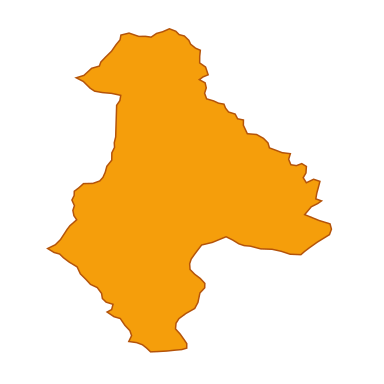 Mendonça, São Paulo, Brazil (Equal Earth projection), rotated 273°
{"feature_id": "56859067B44337407830126", "entity_name": "Mendonça", "entity_type": "district", "adm_level": 2, "iso_a3": "BRA", "parent_name": "Brazil", "parent_adm1": "São Paulo", "projection": "equal_earth", "projection_center": [-49.571, -21.202], "detail": "fine", "context": "isolated", "style": "filled", "palette": "amber", "viewbox_px": 384, "rotation_deg": 273, "n_neighbors": 0, "source": "geoboundaries", "source_scale": "gbopen_adm2", "svg_char_len": 2164}
<svg xmlns="http://www.w3.org/2000/svg" viewBox="0 0 384 384"><g transform="rotate(273 192 192)"><path d="M189.9,321.8L191.6,316.0L197.5,316.7L202.5,317.8L209.3,319.2L211.1,312.8L207.2,305.7L212.1,302.3L217.0,304.8L223.5,304.9L226.1,300.1L223.8,294.9L224.4,289.3L229.7,286.8L235.4,288.2L236.0,279.9L237.9,274.1L240.1,267.0L245.0,265.3L249.3,260.6L252.8,253.5L253.1,244.2L261.3,239.8L266.6,239.6L267.5,233.7L272.1,231.0L273.8,224.3L277.5,221.1L281.4,219.3L282.1,213.8L284.1,208.8L285.8,201.7L291.3,199.4L296.7,200.8L301.7,199.4L304.6,193.4L307.5,197.0L309.9,202.0L317.5,199.0L321.3,192.9L328.0,192.6L334.0,192.9L335.8,188.0L339.5,182.9L343.3,180.9L347.4,176.2L348.5,170.9L351.7,167.4L353.8,160.9L350.5,154.3L348.5,148.3L344.5,143.1L345.0,137.5L344.6,130.7L347.4,120.8L345.0,112.8L340.2,112.2L335.2,108.5L328.4,104.3L322.3,98.7L317.1,94.2L312.9,92.9L310.3,85.3L302.8,78.0L300.0,70.4L296.7,77.7L293.3,81.5L290.2,85.0L287.6,89.5L286.6,97.4L286.3,106.4L284.8,115.8L279.5,115.2L274.6,112.2L243.0,112.9L237.1,111.8L232.5,112.3L226.9,109.9L219.6,110.2L213.2,105.6L207.1,104.3L201.9,102.3L198.2,99.3L195.4,92.6L194.7,83.2L190.1,78.6L186.6,74.4L182.3,74.5L177.7,72.5L172.2,75.3L167.4,74.0L162.2,75.3L158.2,78.3L152.0,71.9L148.2,69.3L144.0,66.9L137.5,63.1L132.2,58.3L128.0,50.8L124.4,57.4L123.1,63.1L119.6,67.1L115.6,73.0L111.2,81.2L104.4,84.8L99.2,90.6L94.4,95.5L91.6,102.4L86.0,107.0L80.9,108.1L77.5,112.0L75.7,119.0L70.4,117.9L67.7,113.5L63.4,120.6L61.9,127.0L55.3,132.0L50.3,137.2L45.4,139.2L39.4,136.7L38.7,144.6L36.9,150.4L33.9,154.7L30.2,159.0L30.9,166.5L31.9,175.4L33.2,183.5L34.1,190.0L35.8,194.9L40.3,194.7L43.8,192.1L49.5,187.6L54.4,182.7L60.1,182.9L64.9,185.6L70.4,192.3L75.8,200.8L82.0,203.7L91.6,205.2L97.0,209.7L101.4,209.6L106.0,204.9L110.0,199.0L114.5,194.1L120.2,193.4L125.0,194.7L129.6,197.6L133.5,200.2L139.6,204.4L142.7,214.9L146.6,223.1L149.1,228.4L146.2,235.1L142.7,241.5L141.2,246.9L141.0,253.1L138.8,263.6L139.0,275.0L137.5,284.1L135.0,293.2L135.1,304.0L138.5,307.5L142.5,312.2L148.6,319.9L156.6,331.5L162.2,333.2L167.4,331.5L170.2,320.4L175.3,305.7L183.5,311.9L187.0,318.1L189.9,321.8Z" fill="#f59e0b" stroke="#b45309" stroke-width="1.5"/></g></svg>